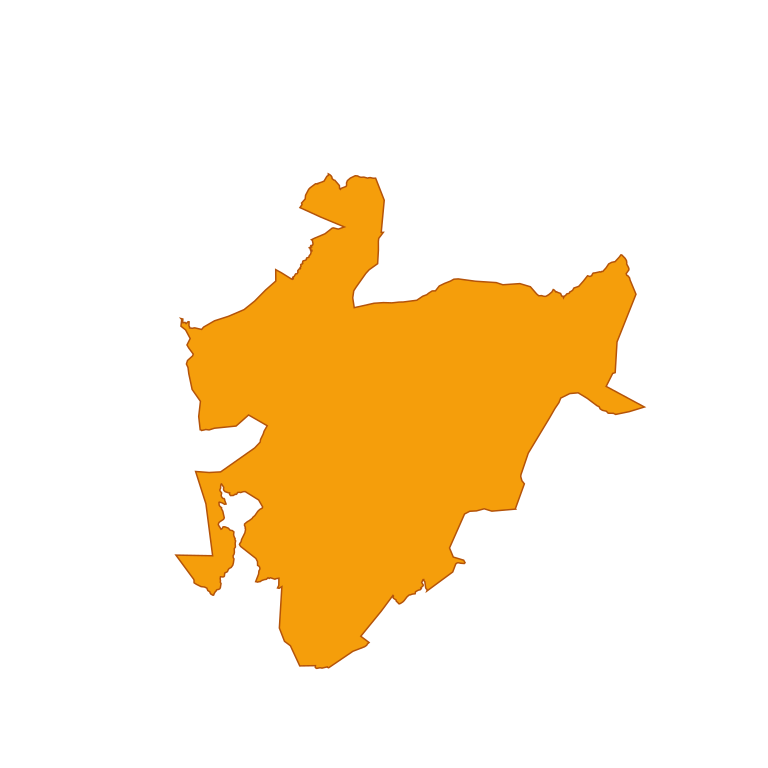 Santiago Juxtlahuaca, Oaxaca, Mexico (Natural Earth projection), rotated 55°
{"feature_id": "50627088B28007976268142", "entity_name": "Santiago Juxtlahuaca", "entity_type": "district", "adm_level": 2, "iso_a3": "MEX", "parent_name": "Mexico", "parent_adm1": "Oaxaca", "projection": "natural_earth1", "projection_center": [-98.042, 17.208], "detail": "fine", "context": "isolated", "style": "filled", "palette": "amber", "viewbox_px": 768, "rotation_deg": 55, "n_neighbors": 0, "source": "geoboundaries", "source_scale": "gbopen_adm2", "svg_char_len": 6170}
<svg xmlns="http://www.w3.org/2000/svg" viewBox="0 0 768 768"><g transform="rotate(55 384 384)"><path d="M404.8,652.6L434.9,651.9L435.8,652.2L437.9,653.6L440.4,652.6L445.0,650.1L447.3,647.5L449.6,646.2L452.1,646.8L454.3,645.9L455.6,646.3L456.8,646.3L458.7,645.4L459.1,645.0L459.1,644.3L458.4,643.6L457.4,641.3L457.2,639.9L456.8,639.6L456.7,638.8L457.4,637.3L457.5,635.9L457.0,634.9L453.9,631.9L452.4,631.8L451.4,630.8L449.5,629.9L448.1,628.5L449.7,626.6L450.0,625.6L449.8,624.9L447.5,622.9L447.9,619.9L446.8,618.2L446.3,616.8L446.6,614.4L445.7,611.8L444.1,609.9L441.2,607.2L439.7,607.1L438.1,606.1L437.4,604.5L436.1,603.1L433.0,601.1L432.3,599.2L429.0,597.2L427.4,595.5L426.1,595.4L425.0,594.5L424.4,594.6L422.3,594.1L420.9,593.4L419.1,591.8L417.1,592.3L415.5,593.9L412.8,594.2L409.8,596.2L408.7,597.7L409.6,599.6L409.5,600.8L404.3,600.5L403.2,599.4L402.7,598.1L402.8,593.0L402.0,591.6L395.7,589.0L392.9,588.7L392.3,588.0L390.0,588.6L388.7,588.5L386.3,587.1L386.3,586.6L388.6,584.7L391.1,583.6L391.7,582.2L387.5,581.1L387.1,580.7L386.1,580.7L385.3,581.6L383.8,581.8L382.0,581.4L380.2,579.5L377.6,579.6L376.6,579.3L375.6,577.6L373.6,576.1L372.6,574.9L372.7,574.4L376.6,574.5L378.1,575.8L379.2,576.2L381.1,575.9L384.2,573.6L384.6,572.9L385.9,573.8L387.4,573.7L388.9,571.3L388.9,569.1L389.5,568.7L389.7,567.9L388.9,566.1L389.9,564.4L390.7,563.7L391.4,561.2L392.5,559.4L407.1,553.2L415.0,553.9L415.8,554.8L415.5,557.8L415.9,560.4L417.7,565.2L418.0,568.1L418.5,569.0L418.6,572.9L418.4,575.0L418.7,578.5L419.8,579.4L421.8,579.7L422.3,580.4L422.9,580.4L423.9,581.0L426.1,583.3L429.7,589.9L431.2,591.5L432.1,593.8L432.6,594.5L434.9,594.6L453.4,589.0L456.9,589.5L460.1,591.6L461.2,591.0L462.5,590.9L463.9,591.4L464.6,592.1L465.4,593.7L467.8,595.8L472.3,602.5L473.9,601.0L474.0,600.3L474.9,598.6L474.8,597.1L475.6,594.2L476.5,592.4L476.2,590.1L477.4,589.6L477.5,588.2L481.4,585.3L481.4,584.4L482.8,581.5L488.6,585.7L490.0,588.2L491.2,587.1L491.4,583.9L523.9,609.7L537.7,613.1L544.7,610.8L566.6,614.7L575.4,601.7L576.6,602.8L577.6,602.7L578.4,602.2L579.7,599.2L581.2,597.7L583.2,592.7L583.7,592.8L584.7,592.1L585.1,562.8L588.1,550.6L588.1,548.1L587.4,546.6L587.2,544.5L577.3,547.7L568.5,516.6L562.3,497.9L563.0,497.8L564.3,499.1L565.0,499.1L567.9,498.0L569.0,498.5L571.1,498.0L572.2,498.0L572.8,497.7L573.2,496.4L573.3,493.6L573.0,491.7L571.6,487.4L571.3,484.9L571.3,484.2L571.7,483.7L572.4,481.2L573.7,478.8L572.3,477.4L572.3,476.7L572.6,474.0L573.3,472.5L573.0,470.8L572.2,470.9L571.7,467.6L571.0,467.1L568.2,467.0L566.6,464.2L567.0,463.6L567.6,464.1L569.5,464.0L574.7,466.7L575.7,466.9L577.4,466.6L578.2,467.7L577.4,435.5L572.6,428.5L572.5,427.3L572.6,426.4L573.2,425.5L574.8,424.0L577.1,421.2L576.9,420.1L574.0,419.8L565.5,426.5L555.9,424.4L536.7,392.6L537.4,386.8L541.0,381.0L543.7,373.5L550.0,368.6L562.0,347.9L561.5,347.9L546.3,326.3L542.3,326.5L538.3,325.1L536.9,323.9L523.4,305.5L506.6,267.6L502.1,258.0L499.6,251.4L496.9,247.3L498.4,237.3L502.6,230.0L512.2,225.8L523.9,222.0L526.0,220.8L528.4,221.2L530.8,220.2L533.8,217.5L536.5,217.1L539.6,212.9L541.8,211.7L547.3,199.0L552.2,183.9L513.4,203.4L506.5,190.6L507.3,188.1L483.2,169.0L455.0,126.1L440.0,122.8L437.9,122.0L435.5,122.1L434.2,122.8L432.5,122.3L431.0,118.0L430.1,117.3L428.9,116.9L424.9,116.4L423.8,115.5L422.0,114.6L419.3,114.4L414.7,115.2L414.1,115.9L415.0,118.5L416.3,124.5L414.9,127.8L414.5,131.1L416.2,135.4L417.3,140.2L416.6,141.3L416.7,142.2L415.9,142.8L414.0,147.4L413.1,149.0L413.6,150.5L414.4,151.7L414.0,153.7L412.1,155.2L414.1,161.8L415.7,168.5L414.3,173.4L415.4,175.7L415.4,177.9L415.1,178.7L415.8,179.9L415.7,180.8L415.0,182.7L415.6,184.4L415.5,185.9L416.3,187.5L414.8,187.0L413.9,188.0L411.1,187.4L408.0,189.6L407.5,189.6L407.2,190.4L404.8,190.6L403.7,191.2L404.9,193.6L405.3,197.7L405.1,200.8L404.7,201.7L403.7,202.9L402.0,204.2L400.5,206.6L397.9,207.3L388.3,208.3L379.7,215.1L370.9,229.7L365.3,233.9L352.3,250.1L340.5,262.9L338.2,266.7L337.8,270.6L336.3,276.8L335.4,282.5L337.2,288.4L335.4,291.2L335.2,295.5L335.4,297.7L334.3,301.9L334.2,309.1L327.7,321.5L325.7,324.4L322.0,331.1L317.0,337.8L312.1,345.9L304.4,364.6L295.5,360.2L290.3,355.3L288.7,351.4L283.0,335.5L281.9,330.6L281.8,320.2L271.0,311.7L263.8,306.7L261.7,304.8L259.4,297.6L258.2,299.3L233.6,278.4L210.6,272.8L209.2,274.9L207.0,276.9L206.3,278.2L206.1,279.2L203.0,281.8L201.4,284.4L200.0,285.5L198.5,286.2L196.9,288.1L196.0,293.4L196.4,297.3L197.8,299.4L199.7,300.6L200.4,301.8L199.1,307.1L199.6,308.0L198.5,308.3L195.8,306.7L188.9,307.4L188.2,308.1L186.0,308.7L184.7,308.0L183.3,307.9L181.5,308.3L179.9,309.1L181.2,310.0L181.1,311.7L183.4,316.7L182.9,319.1L181.6,323.6L181.9,323.7L180.7,325.3L180.9,332.0L181.3,334.0L184.4,340.0L187.2,342.4L188.5,347.8L190.0,348.2L191.3,351.7L211.3,339.9L232.6,326.4L230.9,332.6L227.2,335.8L226.6,337.0L227.1,346.2L224.7,357.4L224.2,360.7L225.3,360.3L228.6,361.8L229.3,363.0L228.6,364.5L228.8,364.8L229.4,364.5L230.2,364.7L229.4,367.0L229.9,367.1L230.5,366.2L231.2,366.5L231.5,367.2L232.2,367.4L233.0,366.4L233.7,366.7L233.5,367.8L234.2,368.1L235.6,369.8L236.0,371.6L237.1,373.0L236.4,374.9L236.6,375.5L237.5,376.1L237.6,377.2L236.8,379.5L236.9,380.1L238.1,381.4L238.5,381.3L238.8,381.8L238.4,383.5L238.7,384.0L239.9,384.3L240.6,386.1L241.3,386.0L241.6,386.4L241.1,387.5L241.7,389.6L242.1,390.0L243.0,390.2L243.8,391.9L243.1,393.3L244.4,396.0L244.1,397.0L244.7,398.1L245.1,397.5L245.8,398.0L245.7,399.1L244.9,399.6L234.1,404.2L228.2,407.1L237.6,413.6L239.1,427.1L241.9,442.4L242.8,456.0L239.3,472.7L235.0,486.6L233.9,499.2L234.7,502.1L229.8,506.5L229.2,507.2L228.4,509.1L226.5,511.1L225.6,510.5L224.4,510.4L221.3,508.0L220.6,508.7L221.0,511.5L219.4,511.7L218.5,513.6L217.9,513.4L215.4,511.5L213.9,512.8L215.1,512.7L220.2,517.2L225.9,515.5L235.6,516.7L239.0,523.0L242.6,523.3L250.1,523.1L251.2,524.7L252.0,531.4L254.3,534.4L258.1,535.1L263.6,538.0L278.4,544.3L292.9,544.3L304.3,554.4L316.0,560.8L316.3,560.4L317.4,560.2L318.8,556.9L318.9,556.3L321.3,553.6L323.0,548.2L333.6,529.3L331.7,512.7L351.2,503.6L353.9,509.3L355.8,511.8L358.6,516.9L360.6,518.8L362.2,526.6L362.3,568.2L356.2,578.0L347.6,588.5L380.0,598.6L426.4,622.9L404.8,652.6Z" fill="#f59e0b" stroke="#b45309" stroke-width="1.5"/></g></svg>